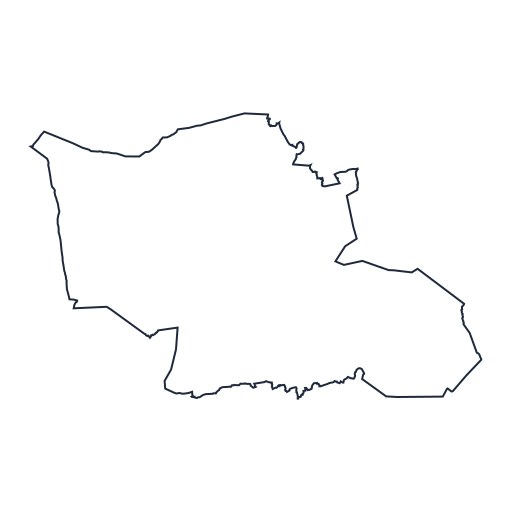 Gran nor, Oppland, Norway (Mercator projection)
{"feature_id": "86288312B61542642146209", "entity_name": "Gran nor", "entity_type": "district", "adm_level": 2, "iso_a3": "NOR", "parent_name": "Norway", "parent_adm1": "Oppland", "projection": "mercator", "projection_center": [10.546, 60.438], "detail": "fine", "context": "isolated", "style": "outline", "palette": "slate", "viewbox_px": 512, "rotation_deg": 0, "n_neighbors": 0, "source": "geoboundaries", "source_scale": "gbopen_adm2", "svg_char_len": 6047}
<svg xmlns="http://www.w3.org/2000/svg" viewBox="0 0 512 512"><path d="M357.6,168.6L354.9,169.1L353.5,168.9L349.5,169.5L347.8,170.2L346.5,171.4L344.9,171.8L340.3,172.0L336.5,173.4L334.6,174.4L336.7,178.1L337.0,178.0L337.9,178.4L337.6,179.7L339.6,183.3L324.8,186.4L322.4,186.0L322.0,185.1L321.9,184.4L322.1,183.8L322.4,183.7L321.9,182.4L322.1,182.2L322.1,181.8L322.9,180.9L322.6,180.5L322.8,180.3L322.6,179.8L322.7,179.5L322.3,178.8L322.5,178.4L322.3,177.9L321.9,178.1L321.5,179.1L321.2,179.2L320.7,179.1L320.5,178.2L320.0,178.0L319.3,178.3L317.3,178.4L317.3,176.7L316.7,175.5L316.8,174.2L316.3,173.7L316.3,172.9L316.7,172.2L315.0,171.9L315.0,171.6L314.8,171.6L314.7,171.9L312.7,172.0L311.6,170.1L311.0,169.8L310.0,168.3L310.0,166.1L310.5,165.1L309.2,165.7L293.1,164.4L293.2,163.5L293.8,162.4L294.1,161.4L294.9,160.5L295.9,158.9L296.0,158.0L296.5,157.4L296.4,155.8L296.7,154.2L297.6,154.3L300.0,153.8L302.9,151.0L303.5,149.9L303.1,149.5L303.3,149.2L303.6,147.1L303.4,145.8L303.2,145.4L303.2,144.4L302.8,144.0L303.0,143.5L301.8,143.0L301.7,142.3L300.1,141.9L299.4,142.2L298.7,142.8L298.5,143.4L297.4,143.9L297.1,144.4L297.0,145.4L296.5,147.7L296.0,147.9L294.8,146.7L291.6,145.4L291.9,144.9L290.7,145.0L289.5,144.2L287.8,141.9L284.6,135.8L283.4,134.3L280.5,128.4L279.1,123.1L279.2,122.6L278.2,123.4L276.7,123.4L276.8,123.8L276.4,125.0L275.3,125.9L272.2,126.0L271.1,125.4L270.9,126.1L270.3,126.2L268.7,124.0L268.9,121.9L268.0,121.1L268.6,119.9L269.1,119.9L269.8,119.2L269.8,118.7L267.1,118.4L268.0,115.5L268.1,114.5L244.5,113.4L231.6,116.7L224.6,118.9L206.4,123.5L200.7,125.4L197.1,125.7L188.9,127.9L177.9,129.3L176.7,131.2L176.4,132.1L173.1,134.5L171.5,134.9L170.4,135.9L166.9,137.4L162.7,137.5L161.9,138.7L160.5,140.0L159.6,142.1L158.2,144.1L151.9,149.8L148.9,151.8L145.8,152.0L145.0,152.3L139.3,156.5L125.5,156.4L116.8,153.5L111.3,153.1L109.3,152.5L105.0,152.2L103.6,152.4L102.5,152.1L102.4,151.8L99.8,151.3L98.0,151.6L90.9,151.1L89.1,149.7L82.6,147.8L73.0,143.3L44.1,131.6L40.8,135.3L38.1,139.3L37.0,140.4L34.5,143.5L33.6,144.3L33.1,145.3L33.0,146.0L30.7,146.5L47.1,158.7L48.3,161.6L48.5,162.5L48.4,164.2L48.2,165.0L48.8,167.5L50.3,176.3L50.6,178.9L51.6,185.2L52.4,187.4L53.6,188.3L54.8,190.3L54.9,190.7L54.5,192.2L55.3,195.9L56.1,197.8L56.8,200.5L57.9,203.8L58.7,209.0L59.3,211.1L59.3,211.9L58.3,215.3L57.6,218.9L57.7,223.9L58.5,226.8L58.7,230.7L58.6,232.1L59.4,234.9L60.5,240.0L61.8,252.9L62.5,257.1L62.6,258.4L62.5,258.9L62.8,261.8L63.4,264.9L64.2,270.5L64.9,272.6L65.2,274.4L66.0,277.0L65.9,278.3L66.7,281.0L66.5,281.9L66.9,289.1L69.3,298.1L69.4,299.3L73.8,299.6L76.7,300.4L77.1,300.5L77.2,300.9L76.6,302.1L75.7,302.4L74.4,304.8L73.7,308.3L106.7,306.8L110.4,309.1L142.9,332.7L144.9,334.1L145.5,334.2L146.0,335.3L147.4,336.0L147.9,335.6L148.5,335.7L149.9,337.8L151.0,336.3L151.2,335.2L152.5,335.2L152.9,334.7L153.4,334.9L154.9,334.1L155.6,333.1L156.0,333.1L156.3,332.5L157.0,332.3L157.2,331.7L157.7,331.4L158.1,330.4L177.6,327.6L176.0,349.4L171.1,369.5L164.6,380.9L165.2,388.6L174.8,393.0L176.4,393.5L179.3,393.0L182.3,393.7L184.6,393.6L188.6,393.0L192.1,391.8L192.1,393.0L192.3,393.5L192.3,394.2L192.7,395.7L192.6,396.2L192.0,396.2L191.5,396.6L191.9,396.9L193.1,396.7L193.1,397.1L194.0,397.2L194.7,396.8L194.9,397.3L195.3,397.7L196.9,398.0L198.0,397.4L199.8,397.1L203.2,394.9L206.1,394.1L212.6,393.8L213.3,393.3L215.8,393.4L216.0,393.3L215.9,392.8L216.5,392.2L218.0,390.7L219.0,390.2L219.8,388.4L220.7,388.2L221.4,387.5L223.2,387.1L227.9,386.9L229.3,386.6L230.2,386.9L231.2,386.6L231.7,385.5L232.1,385.2L232.9,385.4L234.5,384.9L234.9,385.1L239.1,385.2L240.5,383.7L243.3,383.8L245.3,383.4L245.7,383.8L250.0,383.9L250.5,384.4L250.7,385.8L252.3,386.9L253.0,387.6L253.6,387.7L255.7,386.8L255.0,386.2L254.6,384.2L254.3,383.7L264.3,382.1L266.0,381.2L269.1,382.3L270.9,382.4L271.5,383.5L271.9,383.1L272.2,384.5L272.1,386.4L271.9,386.5L272.7,389.0L275.5,387.7L276.2,387.8L276.9,387.5L278.6,385.3L279.9,385.1L279.8,385.9L281.1,385.3L284.2,384.9L284.5,385.6L285.0,386.3L285.0,387.1L285.5,387.7L285.6,388.6L285.2,389.4L285.2,390.2L285.6,390.9L286.1,390.8L286.8,391.4L287.0,391.9L289.5,390.5L289.4,389.8L290.1,388.8L293.0,387.8L295.9,387.2L296.3,387.6L296.6,388.7L296.3,389.9L296.4,392.2L296.9,392.3L297.7,395.6L297.8,397.0L297.7,398.6L298.2,398.6L298.2,397.5L298.5,397.2L299.1,396.9L300.1,397.0L300.7,396.8L301.3,394.9L302.7,394.8L302.8,394.6L302.5,394.0L303.6,392.7L303.5,390.9L305.3,390.7L305.4,389.1L305.1,388.0L306.3,387.9L307.1,389.4L307.8,390.1L308.4,389.8L309.0,390.0L311.6,388.8L311.8,387.8L311.7,387.3L312.0,386.9L312.2,385.5L313.8,383.3L316.4,383.0L316.7,383.5L317.3,383.1L318.3,384.3L318.7,384.1L319.4,385.5L319.4,386.2L320.2,385.9L320.5,386.3L327.6,383.9L329.2,383.1L333.5,382.2L334.6,381.0L335.7,381.6L336.8,381.6L336.8,381.9L337.2,382.4L339.6,383.2L340.2,382.5L340.7,381.4L342.7,382.6L343.4,382.6L343.7,380.9L344.2,379.7L346.6,378.4L347.9,376.9L350.4,378.1L353.7,378.7L354.4,377.7L355.1,375.9L355.1,375.5L354.8,374.2L354.8,373.4L355.1,372.3L355.9,371.8L356.3,370.3L357.2,369.3L358.7,368.3L359.6,368.2L360.3,368.3L361.9,369.2L364.1,373.2L364.1,373.9L363.2,374.6L362.1,379.0L386.2,396.4L397.2,397.0L442.8,396.6L447.0,388.8L447.6,388.5L451.5,391.5L452.8,391.2L466.4,375.4L481.3,359.7L481.1,359.2L481.1,358.6L480.5,357.7L479.3,354.5L478.2,353.3L477.1,352.9L476.7,352.4L469.7,333.0L463.6,324.4L463.5,323.8L463.8,323.0L463.7,322.9L463.5,322.0L463.2,321.5L463.3,321.0L463.0,320.6L462.2,318.2L462.9,317.4L462.9,316.6L462.3,314.8L462.7,314.1L461.8,312.6L461.9,311.7L461.4,310.7L461.4,310.1L461.5,309.8L462.1,309.6L462.2,309.3L461.9,307.9L462.0,306.8L463.8,304.7L464.1,303.8L417.6,268.8L411.7,272.4L393.8,270.3L388.6,270.1L362.3,260.9L343.9,264.9L335.4,261.4L345.2,246.2L356.7,238.7L353.3,226.8L346.8,195.7L357.3,189.9L357.4,189.0L357.2,188.4L357.8,187.5L357.5,186.4L357.8,185.7L357.5,185.3L357.4,184.6L357.8,184.3L357.7,183.8L358.1,183.1L357.7,182.0L357.1,178.6L356.1,175.8L356.0,173.4L356.1,173.0L355.8,172.6L355.8,171.9L356.1,171.3L356.7,170.9L357.2,169.3L357.7,169.1L357.6,168.8L357.6,168.6Z" fill="none" stroke="#1e293b" stroke-width="2"/></svg>